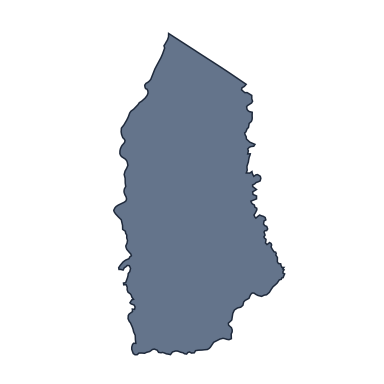 outline of Caseara, Tocantins, Brazil, rotated 353°
{"feature_id": "56859067B59915078137369", "entity_name": "Caseara", "entity_type": "district", "adm_level": 2, "iso_a3": "BRA", "parent_name": "Brazil", "parent_adm1": "Tocantins", "projection": "orthographic", "projection_center": [-49.844, -9.372], "detail": "fine", "context": "isolated", "style": "filled", "palette": "slate", "viewbox_px": 384, "rotation_deg": 353, "n_neighbors": 0, "source": "geoboundaries", "source_scale": "gbopen_adm2", "svg_char_len": 4321}
<svg xmlns="http://www.w3.org/2000/svg" viewBox="0 0 384 384"><g transform="rotate(353 192 192)"><path d="M182.0,43.4L182.4,45.8L179.6,51.4L177.6,54.8L172.5,62.0L170.2,65.3L164.8,75.2L163.3,76.6L161.6,77.7L159.5,78.6L158.1,80.2L158.1,82.1L158.5,83.7L159.9,84.5L160.5,86.2L160.4,88.5L159.3,90.6L156.9,93.1L153.0,95.8L150.6,96.9L149.1,98.7L144.2,102.7L141.2,104.4L139.8,106.0L137.8,109.9L135.9,112.8L133.9,115.4L132.8,116.9L129.7,120.0L129.0,123.6L129.1,126.2L129.9,129.6L131.1,131.1L131.8,132.7L131.2,134.5L129.8,135.9L128.3,137.2L127.4,138.4L126.2,140.4L125.5,142.4L125.1,145.2L125.6,147.0L126.4,148.3L129.8,151.2L131.0,153.0L131.4,154.6L131.6,157.8L129.9,160.7L128.1,163.1L126.8,166.4L127.3,170.2L126.8,175.0L126.9,178.5L125.2,180.8L124.6,182.9L124.6,184.4L125.1,186.6L126.0,188.8L126.2,191.0L125.4,192.7L123.7,193.8L117.2,196.0L115.0,197.1L113.6,198.3L112.1,200.6L112.3,202.0L113.4,204.3L115.9,207.8L118.4,210.9L119.0,216.7L118.6,220.6L121.1,222.9L121.1,224.8L122.0,226.8L121.6,229.6L122.1,232.2L121.3,234.8L119.7,237.5L119.8,239.1L120.3,241.0L122.5,244.4L123.7,246.0L124.1,247.9L122.4,248.8L121.3,250.5L117.8,251.5L115.1,253.0L111.9,256.0L110.0,258.2L110.1,260.0L112.0,260.2L114.1,261.1L115.6,258.9L117.2,258.2L118.8,257.0L120.8,257.5L121.7,260.4L120.5,263.5L118.8,265.1L118.3,267.2L117.5,269.2L115.1,273.9L112.9,274.0L112.9,275.8L115.4,276.0L116.1,278.7L115.7,281.1L116.3,283.7L118.4,285.6L119.2,287.2L119.4,288.8L120.1,290.1L120.9,291.4L119.1,291.7L116.9,294.4L118.0,295.7L119.3,296.3L120.8,297.2L121.5,299.2L120.7,301.5L118.5,300.9L118.4,303.4L114.7,305.5L113.7,306.8L113.1,310.0L114.0,312.9L114.9,314.2L116.3,318.8L116.8,321.2L117.0,323.6L118.2,327.4L117.8,331.8L117.8,335.4L115.6,335.0L114.4,336.1L113.3,338.6L113.0,340.8L114.0,345.2L115.6,346.6L117.8,346.8L119.7,345.4L122.5,345.7L125.3,346.3L127.4,345.6L130.5,345.2L132.0,344.4L133.5,343.5L135.5,343.3L138.2,344.8L139.3,347.1L141.7,347.8L143.1,347.6L144.8,348.3L146.8,349.5L148.6,350.0L150.8,350.8L153.1,348.4L156.4,347.8L158.5,348.2L161.3,349.7L163.6,350.5L164.8,351.6L166.9,352.2L168.3,350.8L170.1,350.5L171.8,351.8L174.7,351.9L176.2,349.9L179.0,349.8L182.7,350.1L184.6,350.1L188.1,350.2L189.9,349.4L191.3,348.3L195.2,343.8L201.8,341.4L204.9,341.0L206.5,341.5L208.7,342.5L210.7,343.1L213.2,342.4L213.6,337.7L214.8,335.8L215.1,333.8L214.6,331.5L212.1,328.7L212.1,326.6L214.7,324.8L215.9,323.8L217.7,317.5L219.7,314.3L223.1,312.6L226.3,312.3L228.7,310.7L229.9,307.4L231.5,306.1L235.6,304.5L236.5,302.8L237.8,300.8L239.4,299.6L241.2,299.9L242.9,301.4L244.8,302.7L248.4,304.1L251.0,303.2L253.5,303.1L256.5,301.1L259.0,298.0L260.9,295.9L263.5,294.2L265.4,292.8L268.0,289.8L269.9,289.6L270.6,288.3L272.0,288.1L273.1,286.0L274.0,284.6L272.4,283.5L272.7,281.8L273.9,280.4L272.7,279.5L274.0,278.1L272.0,277.8L271.4,275.8L271.3,274.1L269.1,273.5L268.2,271.7L268.8,267.4L267.5,264.8L268.1,263.4L267.7,261.9L266.2,261.4L265.0,259.2L264.3,257.6L263.8,256.1L264.6,254.3L264.2,252.7L262.8,251.6L261.5,252.5L260.0,253.3L258.7,251.5L259.3,249.7L259.7,248.0L258.4,246.7L257.9,245.3L259.3,243.7L258.6,240.5L259.7,239.3L261.4,239.4L262.6,237.9L262.0,235.3L260.2,234.3L259.1,232.6L259.9,229.6L261.9,228.7L261.5,226.2L259.9,224.9L257.9,224.0L256.3,223.1L254.1,224.4L252.2,225.7L251.3,224.4L250.7,222.4L252.3,220.5L254.2,217.6L254.3,216.0L252.5,214.7L252.3,212.5L250.5,211.2L249.7,209.8L249.3,208.3L252.9,207.3L255.2,206.7L255.6,203.8L252.3,201.9L252.2,199.3L256.3,197.4L252.9,194.0L253.0,192.4L255.2,191.6L256.8,190.4L259.1,189.9L261.0,189.3L262.0,186.8L261.7,184.7L259.2,182.7L257.7,182.7L255.2,184.0L254.1,180.9L254.0,179.0L251.6,180.3L248.2,179.7L249.5,177.0L249.5,175.0L249.7,173.1L251.6,169.1L252.0,167.5L253.1,164.2L254.0,162.6L254.5,161.2L251.9,161.0L253.0,158.0L252.5,156.1L254.3,154.6L256.2,154.1L258.9,154.1L260.3,152.4L255.5,149.6L252.5,146.1L252.5,143.6L251.7,141.7L251.5,139.7L252.8,138.9L254.4,136.0L255.9,134.9L257.1,130.9L259.5,129.2L260.4,127.6L260.8,125.9L261.0,123.4L261.5,120.2L258.8,119.2L257.7,118.3L256.7,116.8L256.6,114.0L257.6,113.0L262.0,110.9L263.2,109.3L262.7,106.9L263.1,103.4L261.7,102.3L258.9,100.1L256.5,99.8L253.6,96.6L254.3,94.7L256.8,93.6L258.9,91.7L240.8,75.9L233.1,69.4L230.1,66.9L224.2,62.0L213.9,53.4L212.3,52.0L188.1,31.8L187.6,35.2L186.1,38.2L184.9,39.7L183.3,41.9L182.0,43.4Z" fill="#64748b" stroke="#1e293b" stroke-width="1.5"/></g></svg>